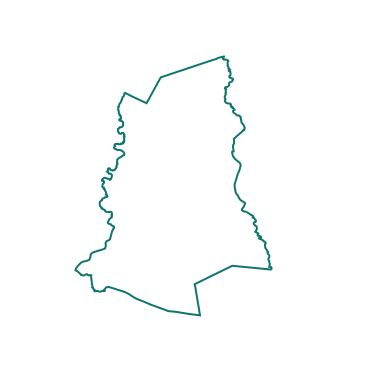 Komonjdjari, Komondjari, Burkina Faso (Robinson projection), rotated 299°
{"feature_id": "67063806B37049013397139", "entity_name": "Komonjdjari", "entity_type": "district", "adm_level": 2, "iso_a3": "BFA", "parent_name": "Burkina Faso", "parent_adm1": "Komondjari", "projection": "robinson", "projection_center": [0.756, 12.703], "detail": "fine", "context": "isolated", "style": "outline", "palette": "teal", "viewbox_px": 384, "rotation_deg": 299, "n_neighbors": 0, "source": "geoboundaries", "source_scale": "gbopen_adm2", "svg_char_len": 6057}
<svg xmlns="http://www.w3.org/2000/svg" viewBox="0 0 384 384"><g transform="rotate(299 192 192)"><path d="M88.0,258.8L112.8,239.1L147.0,263.0L162.4,298.5L163.0,298.8L164.0,298.6L164.7,297.4L164.0,295.9L164.7,295.8L165.5,295.3L166.4,295.2L167.0,294.8L168.1,293.5L169.2,292.8L170.0,291.4L171.4,291.1L172.8,291.0L173.9,290.4L174.5,289.4L174.6,288.5L174.9,288.0L175.5,287.5L176.5,287.6L176.7,286.4L177.1,286.1L178.6,283.4L179.3,282.7L181.1,281.4L181.6,281.2L182.8,281.4L183.6,280.6L183.6,278.5L184.1,278.2L184.1,277.2L184.2,275.9L183.9,274.4L183.9,273.1L184.1,273.0L185.1,274.5L185.7,274.6L186.5,273.8L185.8,271.0L185.9,270.4L186.5,270.2L187.6,270.4L187.9,270.1L187.8,269.0L187.9,266.8L188.6,267.1L189.2,266.8L191.7,266.5L193.3,265.0L193.2,264.1L193.8,261.8L194.3,261.3L195.1,261.0L195.8,261.1L196.2,261.3L196.3,261.9L196.7,262.1L198.1,261.7L198.6,260.8L198.7,259.9L199.1,259.3L199.0,257.6L200.1,257.7L200.6,257.1L200.6,255.0L201.0,250.4L200.8,248.4L200.3,247.3L200.1,245.7L200.2,244.5L200.6,244.2L202.2,244.1L204.6,244.4L207.9,243.9L208.3,243.1L208.3,240.0L208.6,238.1L209.0,237.1L209.9,235.5L211.3,233.6L212.0,231.5L213.4,229.9L217.5,226.6L219.8,225.4L224.1,224.6L229.9,223.3L233.7,223.0L238.8,221.7L239.7,221.0L240.6,219.8L241.7,213.7L243.1,210.7L243.9,209.7L245.8,208.1L246.9,207.6L247.7,208.7L251.6,205.8L253.0,205.2L254.6,205.3L257.0,204.1L258.8,202.8L270.5,207.0L271.1,207.4L271.2,206.9L273.0,207.4L273.8,206.9L275.5,204.8L275.9,204.1L276.4,202.3L276.9,201.5L277.7,201.0L279.3,199.5L280.2,199.1L280.5,198.4L281.1,198.2L281.4,197.7L281.7,196.2L280.9,194.6L281.7,189.7L282.0,189.1L282.8,188.6L283.8,188.7L284.5,189.3L285.8,186.8L285.9,186.3L285.6,186.6L285.2,186.5L285.4,185.2L285.8,184.9L286.2,184.0L287.3,183.7L287.4,183.2L287.8,182.9L287.5,182.5L287.2,180.9L286.7,179.9L286.5,178.7L287.0,178.0L287.1,177.1L287.8,176.4L289.5,176.3L290.0,175.8L290.2,175.1L290.7,174.6L292.1,174.3L293.4,174.3L294.4,173.5L295.3,173.7L295.6,173.0L296.5,172.7L297.0,172.2L298.5,172.0L298.5,170.7L298.7,170.4L299.6,170.4L299.8,170.9L300.1,170.8L301.6,172.3L302.7,172.6L303.4,172.7L305.2,171.7L306.1,171.7L306.8,172.5L308.1,173.4L309.3,173.2L310.1,173.6L310.6,173.2L310.9,172.6L310.3,169.5L310.8,168.7L311.8,168.6L312.6,169.0L314.3,168.3L315.8,167.2L315.7,165.6L316.0,165.4L316.9,165.8L316.8,165.3L317.4,165.3L317.9,165.0L317.6,164.1L318.9,163.3L319.9,161.7L320.7,161.7L321.3,161.0L322.5,160.3L324.2,160.3L324.5,159.9L324.5,158.4L324.1,157.4L324.0,156.5L323.4,156.1L323.3,154.8L324.1,153.9L324.5,153.9L325.0,154.3L325.7,154.5L326.0,154.2L322.3,150.2L319.8,148.4L315.2,144.0L277.1,109.1L247.6,109.2L246.5,92.5L246.3,85.6L245.3,85.7L245.1,85.6L245.1,85.2L244.0,85.6L242.5,85.8L241.1,85.3L238.9,85.9L238.2,85.7L237.2,86.2L234.8,86.1L234.2,85.8L232.8,86.1L231.8,86.6L230.6,86.1L230.0,86.9L228.1,87.5L227.5,88.5L227.2,88.6L226.4,89.3L225.4,89.7L224.8,90.8L224.8,91.4L223.8,91.7L223.9,92.9L223.6,93.3L222.1,93.7L221.8,94.4L221.0,94.3L220.4,93.3L219.7,93.3L219.4,94.0L220.0,96.8L219.6,97.7L219.4,98.2L218.3,98.5L216.8,99.4L215.2,99.3L214.0,98.5L213.9,97.7L213.0,97.1L212.0,97.3L211.6,96.8L211.2,96.7L209.2,97.7L208.8,98.4L208.8,98.9L208.2,99.3L207.9,100.5L208.6,101.8L209.6,102.0L210.2,103.0L210.1,104.0L209.7,104.8L209.2,104.7L208.8,105.1L207.8,105.3L207.6,105.5L208.1,105.9L207.7,106.3L206.4,106.2L205.6,107.1L204.4,107.3L204.3,107.7L203.9,108.0L203.5,108.0L203.2,108.3L202.7,108.4L202.2,107.6L201.6,108.2L201.3,108.2L201.2,107.6L200.7,107.7L200.2,107.3L200.0,106.8L199.8,107.0L199.2,106.4L199.1,105.9L198.2,105.0L198.1,104.4L198.3,104.0L196.9,101.8L196.2,101.5L195.7,101.4L195.2,101.7L194.7,102.5L194.2,102.1L192.7,102.4L192.4,103.4L192.7,105.8L192.4,106.3L193.2,107.4L193.9,109.0L193.9,110.1L194.2,111.1L193.6,113.0L193.0,113.7L192.8,114.1L192.4,114.5L191.3,114.7L190.2,113.7L189.5,113.6L185.9,111.5L184.3,111.0L183.6,111.0L183.0,111.5L181.7,111.9L180.8,113.1L180.4,113.2L180.1,112.9L179.0,113.4L178.4,113.2L177.3,113.6L177.1,114.0L176.3,114.1L175.4,113.7L175.1,113.9L173.7,113.8L173.0,112.9L172.8,112.3L172.1,112.0L172.1,111.1L171.9,110.9L172.3,109.2L172.6,108.9L172.6,107.9L172.1,107.4L171.6,107.3L170.2,108.2L169.9,108.0L169.4,108.3L168.6,107.9L168.5,108.9L167.7,110.6L168.5,111.6L168.5,112.1L168.4,112.8L168.0,113.4L168.0,113.8L166.7,114.4L163.8,114.8L163.4,114.7L163.3,114.1L162.9,114.0L163.2,113.3L163.0,112.5L162.6,111.8L162.6,110.7L162.1,108.9L161.6,108.1L159.9,107.5L158.6,107.5L158.2,107.8L158.3,108.9L158.7,109.2L158.7,109.7L158.1,110.3L157.4,110.6L156.8,110.3L155.8,110.2L153.8,110.6L153.1,111.0L152.9,111.6L153.1,113.0L152.7,113.3L152.3,113.0L152.0,113.1L151.9,113.6L152.2,113.9L152.0,114.6L151.0,115.2L150.8,115.9L149.7,117.1L148.8,117.8L148.1,117.9L148.5,118.6L147.4,119.7L147.2,120.2L146.9,120.2L146.8,119.9L145.9,119.4L145.3,118.5L144.8,118.5L143.2,117.3L141.9,116.8L141.1,117.2L139.8,116.5L138.8,116.3L137.7,116.5L135.2,118.3L135.2,118.8L134.7,119.6L134.5,120.7L133.9,120.7L133.7,121.0L134.1,121.6L133.8,122.8L134.0,124.5L133.5,124.8L133.1,125.7L133.2,126.9L134.4,129.4L135.2,130.2L135.3,130.7L135.1,131.7L133.9,132.8L133.3,132.6L133.1,133.2L132.7,133.5L131.9,133.3L131.5,133.9L131.0,134.1L130.2,133.5L129.3,133.4L127.7,132.8L124.7,133.1L124.0,133.7L123.8,134.1L124.4,136.9L123.8,137.9L124.0,140.4L122.8,141.3L122.2,141.2L121.9,140.9L120.5,141.2L119.1,141.1L111.7,143.0L110.7,143.1L109.7,142.7L107.5,141.2L106.6,141.0L105.3,141.2L103.1,142.8L100.6,143.3L99.8,142.9L99.1,142.3L91.6,135.1L90.2,134.1L87.9,133.8L85.8,134.7L83.3,135.1L82.4,134.7L80.3,132.9L78.5,130.7L76.4,129.2L72.9,128.2L69.0,127.6L67.1,127.9L67.0,130.8L66.2,134.0L66.0,135.6L65.7,135.6L66.5,137.8L67.1,138.4L68.2,139.0L69.1,139.7L69.2,140.0L68.9,141.6L69.3,142.6L70.0,143.2L70.3,144.2L69.9,144.2L63.3,148.9L60.6,151.3L60.1,151.1L60.1,151.7L59.4,153.0L59.3,153.6L59.0,153.4L58.0,155.1L59.1,156.4L59.7,157.5L60.1,159.8L61.7,161.3L62.7,163.2L63.4,163.6L63.8,162.5L66.9,163.2L68.2,164.6L68.7,165.7L72.0,181.8L72.1,186.4L71.7,192.4L71.8,196.1L72.7,202.9L73.6,211.5L75.9,225.7L76.2,228.5L76.8,230.2L78.5,233.8L80.2,238.2L83.9,248.6L88.0,258.8Z" fill="none" stroke="#0f766e" stroke-width="2"/></g></svg>